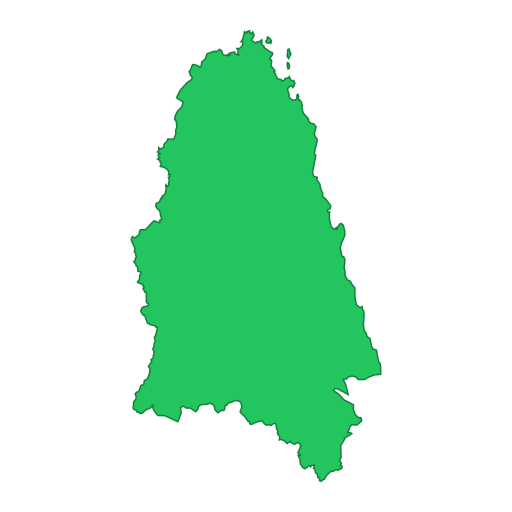 outline of Vohemar, Sava, Madagascar
{"feature_id": "10022922B16213196407560", "entity_name": "Vohemar", "entity_type": "district", "adm_level": 2, "iso_a3": "MDG", "parent_name": "Madagascar", "parent_adm1": "Sava", "projection": "mercator", "projection_center": [49.724, -13.453], "detail": "fine", "context": "isolated", "style": "filled", "palette": "green", "viewbox_px": 512, "rotation_deg": 0, "n_neighbors": 0, "source": "geoboundaries", "source_scale": "gbopen_adm2", "svg_char_len": 6006}
<svg xmlns="http://www.w3.org/2000/svg" viewBox="0 0 512 512"><path d="M177.5,111.2L175.5,115.2L174.6,119.1L176.2,121.3L176.9,127.2L175.7,130.1L175.8,134.2L173.8,139.2L167.8,139.0L167.1,141.0L164.3,144.0L163.4,147.5L161.7,148.6L160.0,148.8L158.7,147.6L158.6,151.0L157.5,151.9L160.1,153.6L159.9,154.2L158.3,154.3L158.3,156.1L159.5,157.5L157.5,159.0L160.0,160.5L160.0,162.1L161.5,163.4L160.3,166.4L164.3,167.4L167.4,169.6L169.0,172.3L168.5,174.9L170.2,174.7L169.9,176.4L168.4,177.3L169.3,180.4L168.5,183.5L169.0,185.0L167.2,186.3L166.0,184.7L165.6,185.9L166.4,188.1L165.3,192.5L165.7,193.4L162.0,196.4L162.3,198.3L160.8,198.4L159.3,202.1L157.0,202.9L155.8,204.2L155.8,206.0L156.6,207.8L159.9,211.2L160.5,215.3L161.8,218.9L159.6,220.6L160.0,222.1L159.3,222.7L154.3,220.9L153.2,221.4L145.5,229.7L140.6,229.7L139.6,230.9L139.4,233.7L138.5,235.2L134.8,237.9L132.3,236.6L131.2,239.8L134.7,248.0L135.0,249.7L134.2,251.8L135.9,253.8L135.7,255.1L136.4,256.9L135.4,258.4L135.2,260.2L133.8,261.9L135.6,263.7L136.2,265.9L137.4,266.6L137.9,271.3L141.2,272.1L140.9,273.6L139.7,275.3L139.4,279.7L137.7,281.5L137.6,282.5L143.0,284.6L143.1,286.2L144.1,286.8L143.0,289.0L144.3,290.5L144.6,292.0L146.4,292.7L146.3,301.1L146.7,302.7L148.7,304.1L148.6,305.0L147.0,306.2L143.3,306.9L141.8,308.1L140.8,311.4L143.0,315.0L144.7,315.5L147.6,323.5L149.0,323.6L150.2,324.8L154.7,325.6L155.8,327.0L157.5,327.5L155.8,334.8L154.3,337.4L155.4,340.9L154.2,343.3L154.1,345.6L152.8,349.3L154.0,351.4L154.1,354.0L153.2,355.9L153.2,357.9L151.0,359.8L151.8,361.3L148.5,366.3L150.0,369.0L149.5,373.3L147.5,378.7L144.3,380.6L143.7,384.7L140.9,385.4L138.8,391.4L136.5,392.3L135.1,394.0L136.1,396.5L136.1,398.7L133.7,401.9L133.1,408.2L134.0,409.6L136.0,410.1L137.3,412.2L138.9,412.1L139.6,413.4L142.1,413.4L145.9,409.8L150.4,408.0L151.9,405.7L153.3,405.2L152.5,407.3L155.0,412.2L158.0,415.5L164.8,415.7L177.9,421.7L181.1,413.2L180.6,407.4L183.1,406.3L184.8,406.8L185.7,408.0L190.3,408.1L195.7,411.7L197.8,409.3L198.4,406.7L200.9,404.6L205.9,404.4L210.4,403.2L213.5,404.9L214.7,407.3L214.7,409.4L217.9,412.8L221.3,410.4L223.7,410.5L224.5,409.6L225.2,405.6L227.0,405.1L227.3,403.9L228.6,402.9L232.7,401.8L234.8,400.4L239.3,401.2L241.0,402.8L241.9,407.4L240.3,411.0L240.3,412.4L244.9,416.7L247.8,421.1L249.1,421.5L250.0,424.0L251.6,424.4L255.1,422.6L261.1,420.8L262.8,421.7L264.5,423.9L266.5,425.3L268.2,424.6L271.3,425.5L273.5,423.4L275.5,423.7L276.2,424.5L276.5,428.9L278.0,431.5L277.4,432.8L277.9,434.5L279.8,436.6L279.3,439.9L280.6,439.4L282.4,439.9L285.4,441.5L287.0,443.6L290.1,441.4L291.1,442.6L294.5,444.3L297.7,442.5L298.6,442.8L301.1,445.3L300.1,446.4L300.3,447.5L297.9,452.7L300.5,455.0L300.1,455.6L298.7,454.7L298.1,455.3L300.0,459.8L300.4,464.2L302.1,466.0L302.6,467.6L305.2,468.7L308.7,466.0L309.9,465.9L310.7,466.9L311.2,465.5L314.4,465.1L313.6,468.5L314.8,469.1L315.5,472.5L317.7,475.0L317.7,477.4L319.5,477.9L319.5,480.7L321.3,481.3L323.0,479.6L324.3,479.4L326.3,475.7L330.6,471.6L333.4,471.2L335.7,469.7L337.9,470.2L341.6,468.5L342.1,466.4L340.5,465.2L341.5,463.5L340.2,461.7L339.7,459.4L341.1,457.6L340.7,445.7L344.5,439.4L344.6,438.2L351.8,433.6L350.3,432.6L347.8,432.6L350.0,426.7L351.8,424.6L355.8,425.1L357.6,424.6L361.7,420.7L360.9,417.6L358.2,417.5L355.5,414.9L353.4,409.8L353.5,404.8L344.0,399.8L338.5,393.9L333.4,390.6L333.7,390.0L335.2,388.6L337.4,388.8L348.2,394.5L345.8,385.0L343.2,379.2L346.8,378.9L347.4,377.3L352.0,376.0L356.0,376.9L358.2,379.5L364.6,379.5L369.0,377.0L374.5,374.9L380.7,374.3L380.8,371.8L380.4,364.2L378.6,361.5L376.4,350.1L372.6,348.8L371.2,345.0L370.1,338.6L367.1,336.6L366.0,333.0L364.1,330.3L363.4,325.1L364.1,314.9L363.8,311.2L362.5,309.6L362.0,306.6L360.8,307.4L359.3,307.2L356.3,304.6L354.9,297.1L354.9,288.0L352.1,284.6L350.4,281.4L347.3,279.8L345.2,275.9L344.8,269.8L344.1,267.9L345.0,259.9L343.6,256.6L342.6,256.7L341.8,255.7L340.3,248.1L341.0,244.6L344.9,235.0L344.7,230.7L343.2,225.2L341.2,223.4L339.6,224.1L338.1,226.6L336.0,227.9L337.0,228.3L336.9,229.4L333.7,229.1L331.1,226.5L329.3,218.4L329.5,215.1L329.0,213.8L329.8,212.1L327.7,211.8L327.3,209.9L330.1,208.9L330.7,205.7L325.2,198.4L322.7,196.8L322.6,193.0L320.8,189.1L319.9,184.1L316.8,179.8L317.4,177.3L314.0,176.5L312.9,174.1L312.6,172.1L315.6,156.2L315.7,155.1L314.5,154.3L314.5,152.0L317.1,141.1L317.0,139.0L315.0,136.4L314.4,133.3L316.1,126.9L313.8,123.8L311.1,123.4L308.8,121.5L308.3,118.7L303.5,113.4L302.4,110.2L302.4,108.4L301.8,107.7L301.8,105.7L302.4,105.5L301.5,102.3L299.8,100.0L299.0,100.4L298.2,99.3L298.7,96.8L298.1,94.4L297.3,94.5L296.8,95.9L297.0,98.8L294.9,100.2L292.0,99.9L289.2,97.3L288.9,93.6L287.3,89.0L290.2,85.9L292.0,86.1L292.7,87.5L293.6,86.5L294.9,83.5L293.9,80.8L293.6,81.4L291.3,80.5L289.2,76.7L288.9,77.7L285.3,78.4L283.9,80.4L282.1,81.0L281.1,79.5L277.1,78.6L276.7,76.7L275.5,75.8L275.7,74.2L273.9,71.9L274.8,71.6L274.8,70.4L270.8,65.7L271.7,61.9L271.2,59.9L269.6,58.9L272.7,54.2L272.3,52.6L269.3,51.3L263.9,47.4L264.1,46.6L260.9,43.6L262.0,42.6L261.7,39.8L259.6,41.5L256.9,42.0L255.8,43.0L251.9,40.7L251.7,39.5L253.8,36.4L254.1,35.0L252.6,32.0L251.7,33.7L249.5,32.3L249.7,30.7L246.9,31.6L247.1,32.5L246.2,33.0L244.5,31.7L242.9,38.8L241.1,41.7L241.9,41.5L242.9,42.9L242.5,45.5L239.4,48.6L236.9,48.5L238.2,50.5L237.8,52.7L238.6,55.0L236.3,54.4L234.7,53.2L234.7,52.1L233.8,52.0L229.7,53.0L229.4,53.5L229.9,54.9L228.7,54.6L228.6,56.5L228.0,54.4L226.1,55.5L223.8,55.1L222.4,53.7L221.8,50.8L219.6,49.3L216.0,51.9L214.9,51.2L213.2,51.5L207.1,53.8L205.2,59.1L201.9,61.9L200.9,66.8L199.5,66.9L198.0,65.7L193.7,64.5L192.5,64.7L190.3,70.4L189.1,71.5L190.6,75.6L192.3,77.4L192.2,78.2L190.9,80.1L187.4,82.3L181.6,88.7L179.9,90.9L176.7,97.3L177.0,98.2L183.0,101.9L182.0,106.6L177.5,111.2ZM288.6,58.5L290.9,53.9L289.0,49.0L287.8,49.6L287.2,56.5L288.6,58.5ZM271.5,41.4L270.4,39.0L267.8,36.9L267.1,37.6L267.3,39.3L265.7,41.4L266.6,42.8L268.8,43.2L270.4,42.0L270.8,43.1L271.5,41.4ZM288.0,68.8L289.1,68.6L289.6,66.1L288.7,63.1L287.3,62.6L287.3,66.3L288.0,68.8Z" fill="#22c55e" stroke="#15803d" stroke-width="1.5"/></svg>